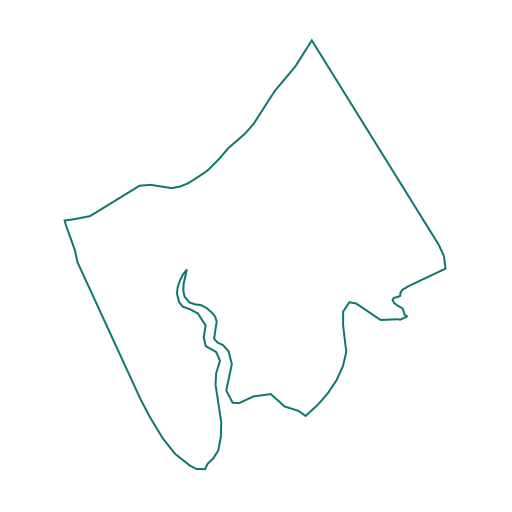 Commewijne, Natural Earth projection, rotated 243°
{"feature_id": "SUR-70", "entity_name": "Commewijne", "entity_type": "District", "adm_level": 1, "iso_a3": "SUR", "parent_name": "Suriname", "parent_adm1": "", "projection": "natural_earth1", "projection_center": [-54.973, 5.762], "detail": "fine", "context": "isolated", "style": "outline", "palette": "teal", "viewbox_px": 512, "rotation_deg": 243, "n_neighbors": 0, "source": "natural_earth", "source_scale": "10m", "svg_char_len": 1386}
<svg xmlns="http://www.w3.org/2000/svg" viewBox="0 0 512 512"><g transform="rotate(243 256 256)"><path d="M108.9,213.2L126.2,206.5L132.0,190.3L132.6,174.1L135.9,168.5L149.7,168.5L170.5,185.3L183.2,188.3L191.4,186.2L196.5,182.4L201.3,181.1L215.3,191.1L220.7,192.1L226.0,190.8L232.2,188.3L237.1,184.8L240.5,179.9L244.7,175.7L252.0,173.9L258.0,175.4L264.3,179.0L275.4,188.3L272.6,182.4L268.3,176.7L263.4,171.7L258.3,168.5L250.0,166.6L244.3,167.6L238.5,173.0L231.3,178.1L217.0,179.6L207.3,172.5L198.5,170.3L188.6,176.9L179.1,176.4L169.6,167.3L159.9,161.6L123.5,149.5L110.7,142.5L99.9,134.1L95.2,126.3L92.9,118.7L89.2,113.8L93.4,106.2L98.9,102.1L116.3,94.1L136.0,90.1L161.4,88.3L180.8,88.1L331.5,94.1L342.9,97.2L369.7,100.6L374.5,101.6L371.4,110.5L366.9,126.2L371.5,184.1L367.2,194.5L354.9,211.4L352.4,219.5L351.6,228.5L353.5,247.3L354.5,252.8L359.7,268.5L364.6,280.0L370.0,301.7L374.9,314.0L394.3,347.2L407.2,377.4L422.8,403.6L183.0,423.9L170.4,423.4L158.7,419.1L159.9,378.3L159.4,370.9L157.4,367.8L155.0,366.4L155.2,363.5L156.0,360.1L155.2,357.9L151.4,357.7L147.5,359.6L144.2,361.9L142.4,362.8L136.1,361.8L133.8,363.1L133.5,362.4L133.8,355.4L135.2,353.8L142.4,338.0L164.9,325.5L168.3,323.6L172.4,318.2L166.9,308.4L154.6,302.1L129.6,292.9L118.2,283.3L108.8,271.4L101.2,257.9L99.3,253.3L95.3,243.3L91.0,227.6L98.7,223.5L108.9,213.2Z" fill="none" stroke="#0f766e" stroke-width="2"/></g></svg>